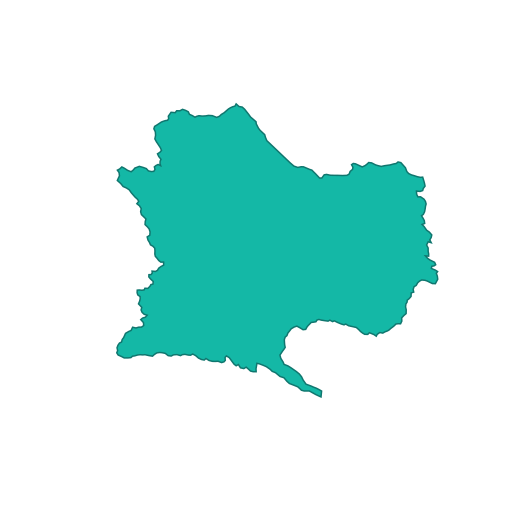 Paraíso do Tocantins, Tocantins, Brazil, rotated 305°
{"feature_id": "56859067B72116218699042", "entity_name": "Paraíso do Tocantins", "entity_type": "district", "adm_level": 2, "iso_a3": "BRA", "parent_name": "Brazil", "parent_adm1": "Tocantins", "projection": "equal_earth", "projection_center": [-48.851, -10.214], "detail": "fine", "context": "isolated", "style": "filled", "palette": "teal", "viewbox_px": 512, "rotation_deg": 305, "n_neighbors": 0, "source": "geoboundaries", "source_scale": "gbopen_adm2", "svg_char_len": 5482}
<svg xmlns="http://www.w3.org/2000/svg" viewBox="0 0 512 512"><g transform="rotate(305 256 256)"><path d="M233.5,128.6L230.5,128.4L230.3,131.7L229.0,134.8L226.1,136.1L224.2,138.4L223.7,141.5L223.2,144.6L220.7,145.5L218.1,147.1L217.6,150.3L216.9,152.9L215.0,155.4L212.1,157.1L209.2,155.9L207.1,158.4L206.0,161.0L204.6,163.2L204.9,165.9L204.3,168.6L202.1,170.4L199.6,172.0L198.0,173.7L197.4,176.2L196.5,179.0L196.4,181.6L198.0,183.8L195.5,185.6L193.1,184.3L190.3,183.3L187.7,183.5L185.7,182.5L184.0,179.5L182.5,180.8L180.6,180.7L179.3,179.0L177.4,180.2L176.7,182.7L176.2,186.4L173.9,187.7L172.3,186.3L170.3,186.5L167.4,186.0L165.9,183.5L164.1,183.8L162.5,182.2L161.2,179.8L159.9,178.3L157.7,179.7L156.3,181.5L156.3,184.3L154.5,185.7L152.2,186.6L149.4,187.2L148.4,191.9L145.9,192.8L144.5,195.0L144.1,197.8L145.1,200.8L142.4,200.5L140.1,198.7L137.8,198.1L136.9,202.0L134.6,203.9L132.1,203.0L130.3,200.6L128.2,199.0L126.9,195.8L123.4,196.4L121.1,195.0L117.8,193.5L114.8,194.1L113.0,194.4L110.9,194.3L108.4,195.2L106.4,194.1L103.8,194.1L101.1,194.8L99.2,196.9L96.8,197.5L95.8,199.9L96.5,203.4L96.9,206.5L99.2,209.7L101.0,211.8L103.1,212.3L104.6,213.9L107.0,215.8L108.7,217.7L110.0,219.9L111.5,221.7L113.0,225.4L114.6,228.7L116.9,229.2L119.7,230.3L121.6,232.3L122.8,234.3L124.2,237.5L124.0,241.2L125.4,243.9L127.7,245.1L129.9,247.8L131.1,251.3L132.9,252.2L134.7,254.2L136.0,257.3L137.2,259.3L139.4,260.4L139.8,263.7L139.4,267.4L139.9,270.6L141.1,273.3L143.3,273.8L143.5,277.5L144.7,280.7L146.2,283.0L148.0,285.3L149.0,289.0L151.0,290.5L152.9,290.7L155.2,288.8L157.2,289.1L157.4,292.4L155.9,296.8L154.8,300.1L154.7,302.7L157.0,303.8L155.5,307.4L156.8,310.6L159.3,311.7L159.0,314.8L158.6,317.5L159.6,320.1L161.3,322.5L163.6,320.7L166.8,319.2L168.6,318.3L169.6,320.6L170.6,324.5L171.3,328.0L171.3,332.6L170.8,335.4L171.6,338.9L171.1,344.8L172.3,348.7L171.1,353.2L170.7,356.4L172.0,361.7L172.8,365.2L172.5,367.8L172.1,370.2L173.1,373.0L176.0,377.1L176.8,384.5L177.8,390.1L183.0,387.2L182.7,383.9L182.3,381.2L181.6,378.4L181.1,375.8L179.7,370.5L181.4,365.8L183.2,362.6L184.2,359.2L184.5,355.4L184.5,352.2L184.5,348.6L184.3,345.1L183.3,341.2L184.7,339.0L186.4,335.0L188.6,332.4L190.5,332.4L193.3,332.3L196.0,332.4L197.9,332.3L199.5,330.6L201.4,329.0L203.7,327.2L206.3,326.4L208.5,327.0L211.2,326.3L214.1,326.5L216.6,326.6L219.7,328.0L222.0,329.7L222.4,333.3L222.6,336.8L224.4,338.8L226.9,338.5L228.9,338.6L231.1,339.0L233.2,339.3L235.0,341.3L236.5,342.8L238.5,342.7L240.1,343.9L240.9,346.2L242.4,349.3L244.0,352.4L245.8,353.3L246.2,356.4L247.8,357.3L248.3,360.7L249.2,364.8L250.1,367.6L251.7,368.5L252.0,371.9L253.5,375.5L255.0,379.2L254.6,382.5L254.1,384.9L254.0,387.6L254.2,390.0L255.9,392.5L258.2,392.9L259.3,397.7L259.3,400.5L261.3,400.2L264.3,401.3L265.6,404.1L267.6,405.0L270.1,406.7L271.9,407.5L273.8,407.9L277.5,409.1L280.6,409.7L282.0,411.2L283.4,413.3L286.3,412.8L288.9,410.8L292.2,411.3L294.9,412.0L298.1,409.9L300.1,407.7L302.7,406.3L304.9,406.2L306.6,405.2L308.7,405.9L311.8,406.2L314.8,404.3L316.9,405.9L318.8,403.9L321.5,403.1L323.8,404.1L326.9,403.8L329.3,404.4L331.4,405.5L333.0,408.3L333.7,410.6L334.1,413.2L334.6,416.3L336.2,418.8L341.2,418.2L343.5,416.1L345.3,413.6L347.4,413.7L347.3,410.9L346.4,406.8L348.4,405.9L350.0,407.5L351.9,408.2L353.3,405.9L352.5,400.8L352.5,398.0L353.3,394.7L354.9,397.5L356.7,396.3L358.5,394.4L361.3,392.4L362.9,389.4L366.4,388.9L367.4,391.9L368.9,389.1L371.6,388.9L374.1,387.9L375.0,384.3L375.0,381.0L376.5,376.9L377.1,373.9L379.4,375.5L381.5,373.6L382.7,371.3L383.9,368.5L386.1,369.2L389.0,368.7L391.7,367.5L394.0,366.3L396.2,365.5L397.9,363.5L398.9,361.1L398.9,356.9L397.3,354.7L398.7,352.2L401.2,350.2L403.0,353.4L405.2,355.0L407.3,354.3L410.2,354.4L412.3,352.2L413.7,350.5L416.2,347.3L414.7,345.5L413.5,342.7L412.6,339.7L411.6,336.8L411.1,333.8L411.7,331.1L414.0,327.8L415.6,321.1L414.5,318.4L412.2,317.8L410.2,315.8L407.5,313.6L403.8,309.6L401.2,307.2L399.9,303.8L399.2,301.6L398.6,297.3L397.2,294.7L394.8,294.2L392.6,293.5L389.9,291.9L388.6,284.7L387.6,282.6L385.6,281.9L384.3,284.5L382.3,285.4L379.3,284.6L376.6,285.3L374.3,284.3L371.6,280.8L369.2,277.1L366.6,273.3L364.7,270.4L363.3,267.0L361.6,265.3L357.7,265.2L356.3,263.4L357.5,257.6L357.9,255.2L358.4,252.5L357.7,250.3L356.3,243.8L355.1,241.9L352.5,239.4L351.4,235.5L351.9,230.5L356.7,198.7L358.6,195.7L360.4,193.5L361.3,187.2L362.1,184.7L364.4,180.4L366.0,179.0L366.4,175.3L366.7,171.9L367.8,168.8L369.7,162.5L370.1,159.3L368.7,156.3L369.2,152.5L366.7,152.8L364.9,151.3L362.7,150.0L360.6,149.1L357.9,148.4L355.0,147.7L352.1,146.4L349.5,145.9L347.0,144.3L345.9,139.7L343.9,136.4L341.8,134.3L339.7,131.6L338.2,128.8L336.4,127.3L334.7,126.4L334.5,123.4L333.9,120.2L335.3,117.8L334.9,114.8L334.0,111.7L331.2,110.3L329.5,107.7L327.1,107.6L325.0,104.0L322.4,104.0L320.2,104.0L318.4,105.7L316.4,105.7L315.0,104.2L313.2,102.8L311.4,101.6L309.3,100.8L307.0,99.9L304.0,98.6L301.6,99.4L300.0,102.3L297.3,104.5L293.9,106.0L292.4,109.0L291.1,112.4L289.8,115.6L288.3,118.0L285.9,117.8L283.2,116.7L281.7,119.3L280.7,122.7L278.7,123.1L276.7,124.3L275.3,126.1L274.8,123.3L272.8,122.2L270.7,121.6L269.0,123.6L266.7,123.7L265.1,121.8L264.0,119.0L264.7,116.0L263.8,112.7L262.5,109.0L260.1,107.4L258.5,106.3L256.3,106.2L253.4,105.4L252.5,101.7L252.4,97.9L252.0,95.0L249.1,94.4L246.8,93.2L245.8,96.0L243.3,98.2L240.8,98.6L238.3,99.1L237.8,103.5L236.7,107.3L237.4,110.8L237.5,114.2L236.3,117.5L235.7,119.9L234.9,123.1L234.5,126.4L233.5,128.6Z" fill="#14b8a6" stroke="#0f766e" stroke-width="1.5"/></g></svg>